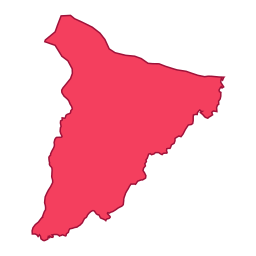 Kulu Shaw Boe, Sinoe, Liberia (Mercator projection)
{"feature_id": "62588387B37465422358714", "entity_name": "Kulu Shaw Boe", "entity_type": "district", "adm_level": 2, "iso_a3": "LBR", "parent_name": "Liberia", "parent_adm1": "Sinoe", "projection": "mercator", "projection_center": [-9.008, 5.564], "detail": "fine", "context": "isolated", "style": "filled", "palette": "rose", "viewbox_px": 256, "rotation_deg": 0, "n_neighbors": 0, "source": "geoboundaries", "source_scale": "gbopen_adm2", "svg_char_len": 3927}
<svg xmlns="http://www.w3.org/2000/svg" viewBox="0 0 256 256"><path d="M70.4,112.7L70.1,113.2L68.9,113.8L67.3,114.3L66.0,115.3L65.4,117.3L64.9,118.2L63.9,118.2L63.0,117.9L62.1,117.9L62.2,119.5L62.1,120.1L60.6,120.9L60.4,123.0L60.7,124.5L61.1,126.5L60.5,127.5L60.3,129.2L60.2,130.8L60.1,131.1L60.7,133.5L61.7,135.5L62.0,136.7L61.1,137.3L59.0,137.3L56.5,137.4L55.6,138.2L54.8,139.6L54.1,142.5L54.4,144.5L54.3,146.2L53.5,148.1L51.8,151.2L50.6,153.9L50.5,155.4L49.6,156.0L48.9,157.2L49.0,159.6L49.2,161.1L49.6,162.9L49.4,163.9L49.5,164.6L50.1,165.7L51.3,167.0L51.9,168.0L52.1,170.3L51.9,173.6L51.9,174.5L51.7,176.2L51.9,177.6L52.4,179.3L52.6,180.3L52.7,182.4L52.3,183.3L50.6,186.7L48.3,190.3L46.8,193.2L45.4,196.4L45.2,196.8L44.8,200.3L44.6,202.7L45.4,205.7L45.6,207.8L45.5,209.6L45.5,209.9L44.5,211.3L43.7,213.3L42.5,216.7L42.3,217.0L42.0,217.4L42.3,217.5L41.1,218.5L38.4,222.1L35.3,224.6L33.0,227.7L32.1,230.8L32.3,234.0L35.2,234.0L36.9,234.8L38.1,236.5L39.4,234.8L40.4,236.2L41.0,238.9L43.3,240.5L44.6,240.6L47.8,239.1L48.1,237.3L48.3,236.6L49.1,237.7L49.6,237.7L49.8,236.2L51.5,237.3L52.8,237.3L53.2,236.2L52.0,234.9L54.0,234.5L57.2,234.5L59.1,235.5L59.4,236.0L59.9,235.7L60.7,235.6L62.6,234.8L64.3,235.5L65.7,235.9L66.2,235.1L66.3,234.1L67.2,233.2L68.4,232.3L68.8,230.5L69.8,228.8L72.4,228.3L74.7,227.5L77.0,227.1L78.5,226.0L80.4,224.8L81.3,223.7L82.3,222.8L83.1,221.1L84.5,218.5L86.3,217.4L86.9,216.4L87.6,214.9L89.2,213.0L89.8,212.5L90.8,211.6L92.7,210.6L93.0,210.6L94.0,210.8L94.7,211.5L96.3,213.8L97.6,214.7L98.8,214.8L99.5,216.0L100.5,217.9L101.3,218.3L102.5,218.7L104.8,219.8L105.6,220.4L105.8,220.6L106.1,219.9L106.4,219.4L107.3,218.8L108.4,218.6L109.3,218.2L110.1,217.4L110.1,216.5L108.0,214.3L107.7,213.9L107.4,213.3L107.8,212.6L108.3,212.7L109.2,213.1L111.1,212.1L112.7,211.6L115.5,209.9L118.1,208.0L119.6,207.2L121.5,206.3L122.6,205.5L123.3,204.5L123.4,203.3L123.7,200.7L123.7,199.3L124.1,197.5L125.1,194.7L125.7,192.8L126.0,192.4L126.4,191.7L127.1,190.4L128.1,188.9L129.6,186.0L130.2,185.2L130.9,184.1L132.4,184.1L134.3,184.0L135.5,184.3L135.7,183.9L136.2,183.5L136.7,182.6L137.7,181.2L139.5,180.5L140.9,180.0L141.3,179.9L142.6,179.9L144.8,178.6L145.6,178.0L145.9,175.7L144.5,172.8L143.0,170.6L143.6,168.1L145.4,165.9L145.2,165.0L144.8,163.7L146.4,161.6L146.0,159.8L147.2,158.3L148.6,154.2L149.0,154.0L150.2,153.6L151.5,154.7L154.0,153.9L155.4,152.6L158.7,152.6L160.6,153.9L162.1,154.6L163.3,153.4L165.0,153.1L166.8,153.1L167.1,152.5L166.5,150.6L166.8,148.7L168.0,148.4L170.0,148.4L170.8,146.8L171.4,144.9L174.1,143.3L175.0,140.8L175.0,138.4L176.7,137.3L178.9,136.0L181.0,136.7L183.0,134.1L185.4,129.4L188.3,125.0L191.3,124.5L192.7,123.5L193.2,120.6L193.2,116.9L193.4,115.0L195.5,114.4L197.2,114.5L197.4,112.6L198.5,111.4L199.7,110.0L200.6,110.5L200.9,111.5L202.0,111.5L200.4,112.6L202.7,114.5L204.8,116.9L206.0,117.6L207.8,118.2L209.0,117.1L210.7,116.1L212.6,114.8L211.7,112.4L213.3,111.0L215.8,111.4L216.9,111.6L216.6,107.6L217.5,105.0L218.7,104.4L218.7,102.8L218.6,101.1L220.2,98.9L220.6,97.0L220.8,96.1L220.8,93.2L220.9,92.4L219.5,91.7L219.0,90.1L220.3,87.8L221.2,86.7L222.0,88.0L223.7,86.9L222.1,84.4L220.7,82.2L221.3,78.6L222.6,80.1L223.8,77.3L223.9,77.2L219.0,77.0L211.6,76.3L208.2,76.2L204.6,76.7L197.8,75.3L192.1,73.4L186.1,71.3L177.1,69.9L175.3,69.4L173.0,68.7L165.7,66.4L159.0,63.8L152.6,63.7L148.0,63.3L141.3,58.6L134.7,56.2L125.6,55.3L115.0,52.7L109.2,48.9L104.9,39.5L99.9,33.1L92.3,27.2L82.4,22.3L74.5,18.7L72.6,17.1L70.5,15.4L61.1,15.9L59.8,19.3L57.3,25.8L57.0,26.7L55.9,29.8L55.1,31.9L45.3,40.0L44.8,41.7L55.1,45.3L61.5,55.6L61.7,56.1L67.9,60.8L72.2,68.8L72.3,71.6L72.4,73.4L70.6,78.4L70.6,78.5L64.4,86.2L63.1,87.7L61.8,89.9L61.7,90.3L61.8,92.2L62.3,93.4L63.3,94.9L64.0,96.1L66.1,97.9L67.7,99.4L68.8,100.8L69.4,102.3L69.5,102.4L70.1,104.0L71.5,106.2L72.1,107.9L72.2,108.3L72.1,109.3L70.9,110.5L70.7,111.4L70.7,111.9L70.6,112.3L70.4,112.7Z" fill="#f43f5e" stroke="#9f1239" stroke-width="1.5"/></svg>